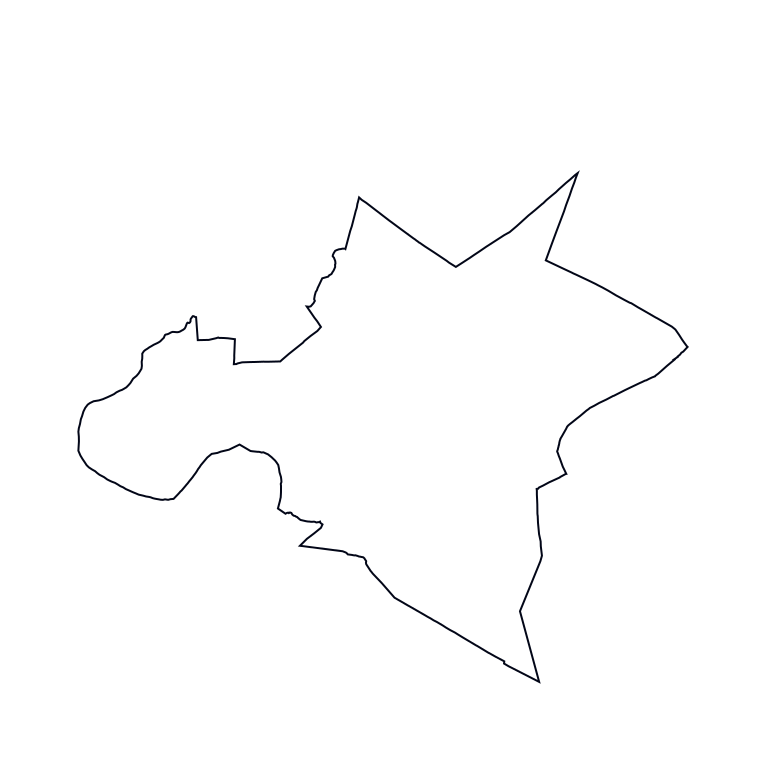 the district of Chiapilla, Chiapas, Mexico, rotated 14°
{"feature_id": "50627088B22333241829415", "entity_name": "Chiapilla", "entity_type": "district", "adm_level": 2, "iso_a3": "MEX", "parent_name": "Mexico", "parent_adm1": "Chiapas", "projection": "orthographic", "projection_center": [-92.734, 16.558], "detail": "fine", "context": "isolated", "style": "outline", "palette": "ink", "viewbox_px": 768, "rotation_deg": 14, "n_neighbors": 0, "source": "geoboundaries", "source_scale": "gbopen_adm2", "svg_char_len": 6134}
<svg xmlns="http://www.w3.org/2000/svg" viewBox="0 0 768 768"><g transform="rotate(14 384 384)"><path d="M669.6,274.6L668.9,274.2L665.5,271.4L662.6,268.9L658.5,265.0L653.6,260.7L652.4,260.1L649.4,258.7L633.1,254.1L631.7,253.8L628.9,253.0L618.5,250.0L614.6,248.9L612.0,248.2L604.4,245.8L602.8,245.7L596.7,244.2L590.6,242.6L587.8,241.9L579.3,239.3L572.5,237.5L567.7,236.4L565.4,235.8L556.9,234.0L543.8,231.4L541.5,231.0L540.9,230.9L539.3,230.5L530.6,228.8L528.6,228.4L511.1,224.9L513.0,206.8L514.4,194.2L516.9,172.9L517.4,166.2L518.5,156.6L519.1,149.0L519.9,142.5L520.3,137.3L520.9,132.5L518.9,135.0L515.3,140.3L512.0,144.8L506.6,152.7L504.4,156.3L501.2,160.6L497.0,166.4L494.7,170.2L494.2,170.7L488.3,179.0L483.5,185.4L474.6,198.7L469.2,206.2L464.7,210.4L449.9,226.2L444.5,232.3L440.2,237.0L436.3,241.4L435.8,241.9L430.5,247.6L425.4,253.0L417.7,250.5L415.0,249.3L401.1,244.3L390.4,240.6L384.3,238.3L383.9,238.3L382.6,237.7L382.0,237.4L380.8,237.0L379.8,236.5L378.6,236.0L377.4,235.6L362.3,229.4L349.0,223.9L322.9,212.5L317.8,210.7L314.7,209.0L314.7,213.7L314.6,215.6L314.9,218.9L314.9,220.4L314.7,223.0L314.7,226.4L314.6,238.8L314.2,243.6L313.9,262.3L313.5,262.1L311.0,262.7L309.5,263.5L307.7,264.2L305.6,265.6L304.4,266.6L303.6,269.0L303.2,271.2L303.3,272.4L305.0,273.7L305.8,274.9L306.7,276.1L307.2,277.2L307.8,279.1L307.6,279.9L308.3,282.3L307.9,284.9L307.6,286.3L307.0,287.9L306.4,290.0L305.6,290.8L304.5,291.8L303.9,293.3L298.5,296.4L297.0,304.0L296.4,306.8L296.2,309.3L295.5,311.2L295.4,314.9L295.7,318.6L296.8,320.1L296.6,320.6L296.1,322.5L294.1,326.4L292.5,327.2L290.3,327.5L299.9,336.0L300.2,336.3L304.0,339.3L309.0,343.9L306.5,348.7L301.1,355.2L296.3,361.6L295.4,363.5L284.5,377.7L279.2,385.2L277.9,387.2L266.3,390.4L261.3,391.6L252.6,394.1L249.9,394.8L241.1,397.3L236.7,399.6L236.1,400.3L233.5,401.1L232.5,395.2L231.8,392.6L228.5,376.6L221.5,377.4L217.0,378.2L212.9,379.2L211.9,379.0L210.0,380.2L203.3,383.6L192.7,386.5L185.5,364.6L184.5,364.7L183.7,364.4L182.6,364.3L182.0,364.5L181.1,366.7L180.8,367.4L180.7,368.2L181.1,369.9L181.0,370.5L180.8,371.2L180.1,372.0L179.3,372.0L178.6,372.0L178.1,372.8L177.6,377.0L177.2,378.4L176.4,379.5L175.6,380.4L174.6,381.2L173.8,382.1L172.3,383.2L170.8,383.8L167.7,384.3L166.8,384.5L166.0,384.7L165.3,385.2L164.5,385.8L163.7,386.6L162.8,387.4L161.8,388.1L160.3,388.8L159.7,389.4L159.4,390.7L159.2,392.4L158.2,394.0L156.6,396.7L155.5,397.9L154.2,399.1L151.1,401.6L149.0,403.7L147.4,405.2L145.8,407.1L144.2,408.7L143.1,410.2L142.4,412.1L142.1,413.1L142.7,415.2L143.3,418.0L143.5,421.0L144.7,425.0L145.0,427.9L143.4,433.0L141.9,436.0L139.3,439.5L137.7,444.4L136.4,446.9L134.8,449.6L132.9,451.5L131.2,453.1L129.2,454.4L126.4,456.8L124.5,459.1L122.5,460.8L118.9,463.7L114.8,466.8L111.3,468.9L106.4,471.0L103.2,473.7L101.5,475.7L99.9,479.4L99.0,483.5L98.8,488.2L98.4,491.5L98.7,496.4L98.6,500.7L99.0,504.2L100.6,508.8L101.9,513.6L103.6,522.7L106.7,526.8L109.6,529.7L112.4,532.2L115.1,534.7L117.8,536.3L121.5,537.6L124.8,538.5L127.3,539.8L129.9,540.9L134.9,542.1L138.6,543.6L142.2,544.4L144.1,544.7L146.9,545.0L150.3,546.0L152.9,546.9L156.0,547.4L158.9,548.4L162.4,549.0L164.6,549.4L166.9,549.8L169.8,550.2L172.7,550.7L177.4,550.6L180.3,550.7L183.5,550.4L185.1,550.4L187.2,550.7L189.3,550.7L190.9,550.6L193.5,550.4L195.4,550.3L197.5,549.9L199.4,548.9L202.6,548.6L204.7,547.4L207.3,546.5L207.6,546.4L210.6,541.2L211.1,540.3L211.9,538.8L212.4,537.7L213.4,536.3L216.0,531.0L216.7,529.5L217.5,528.0L218.1,526.6L218.7,525.2L219.5,523.6L220.2,522.1L220.9,520.6L221.4,519.2L222.8,515.9L223.6,513.6L224.2,511.5L225.2,509.2L225.9,507.1L230.3,498.1L233.7,493.5L239.0,491.2L242.0,489.1L249.4,485.3L258.5,477.7L270.7,481.3L272.6,481.1L277.6,480.4L279.4,480.0L281.9,480.1L283.3,479.5L284.4,479.6L285.9,479.9L288.4,480.3L292.6,482.2L294.5,483.3L296.8,484.6L298.7,486.1L301.0,488.2L302.4,491.1L304.0,495.0L306.5,499.1L307.5,501.7L308.2,503.9L308.0,505.9L308.7,507.7L310.2,513.8L310.6,515.8L311.2,519.0L311.2,520.6L311.3,522.5L311.2,530.5L319.8,533.7L320.7,532.8L321.5,532.3L322.3,532.0L322.9,532.3L323.8,531.4L325.3,531.5L326.5,532.8L328.1,533.6L329.8,533.6L330.8,534.0L331.9,534.1L332.9,534.7L334.5,535.5L335.2,535.8L335.9,536.1L341.6,536.0L343.7,535.8L345.0,535.5L345.7,535.5L347.6,535.1L349.4,534.5L350.7,534.5L351.5,534.7L352.3,534.6L353.0,534.2L354.4,533.7L355.2,533.0L356.0,534.2L358.3,535.1L357.6,538.8L352.2,546.0L346.7,552.8L341.6,561.3L384.3,556.3L387.4,556.7L388.5,557.0L390.1,558.1L392.6,557.8L394.4,557.6L395.5,557.6L397.1,557.4L397.8,557.1L399.2,557.2L400.1,557.2L400.9,557.4L402.0,557.4L402.5,557.3L403.9,557.3L404.7,557.2L405.9,557.2L407.3,558.0L407.8,558.6L409.5,560.1L409.7,560.8L409.7,561.8L410.4,563.2L416.2,568.6L417.6,569.6L418.7,570.5L419.9,571.3L430.0,577.7L445.9,588.8L461.1,593.2L461.6,593.3L480.2,598.6L482.5,599.3L486.0,600.2L489.3,601.3L492.8,602.1L499.5,604.1L502.9,605.3L507.9,606.8L512.9,608.0L516.5,609.2L521.9,610.9L527.2,612.5L537.1,615.5L537.4,615.5L540.0,616.3L545.8,618.1L550.6,619.6L550.9,619.6L558.2,621.6L567.8,624.0L568.1,626.2L573.1,627.7L606.6,635.5L570.9,571.6L578.6,518.1L578.8,512.4L575.4,503.5L574.1,498.9L570.8,492.2L567.0,481.4L565.0,474.6L564.8,474.3L564.2,472.6L561.9,463.8L560.4,458.7L559.1,454.4L558.1,450.4L557.5,448.9L557.8,448.7L558.9,448.3L559.4,447.0L562.9,444.1L568.5,439.0L568.7,438.9L569.1,438.6L577.1,432.2L577.6,431.4L577.8,431.3L582.1,427.3L582.6,427.1L579.8,423.7L577.5,421.0L575.1,417.4L574.7,416.8L572.5,413.5L572.4,413.4L571.0,411.5L570.3,410.4L569.7,409.4L568.4,407.7L568.3,407.3L568.5,405.4L568.5,405.2L568.4,404.0L568.5,403.4L568.4,401.4L568.5,401.3L568.4,398.8L568.3,398.5L568.3,397.1L568.3,396.2L568.5,394.8L568.4,394.5L569.2,391.9L571.6,383.3L572.0,381.2L572.3,380.8L572.3,380.5L572.8,379.6L574.2,377.7L576.1,375.3L579.1,371.3L581.7,368.0L586.9,360.8L588.7,358.7L589.5,357.5L593.3,354.2L597.4,350.3L603.5,345.3L609.2,340.2L609.8,339.9L619.0,331.9L622.6,328.9L632.3,320.9L633.5,320.0L636.4,317.6L637.7,316.9L639.7,315.1L642.5,312.8L645.2,310.9L645.3,310.4L647.6,307.6L654.3,297.8L659.8,290.3L659.3,290.2L662.5,286.6L662.3,286.3L664.1,283.9L665.0,281.7L666.5,280.2L669.6,274.6Z" fill="none" stroke="#020617" stroke-width="2"/></g></svg>